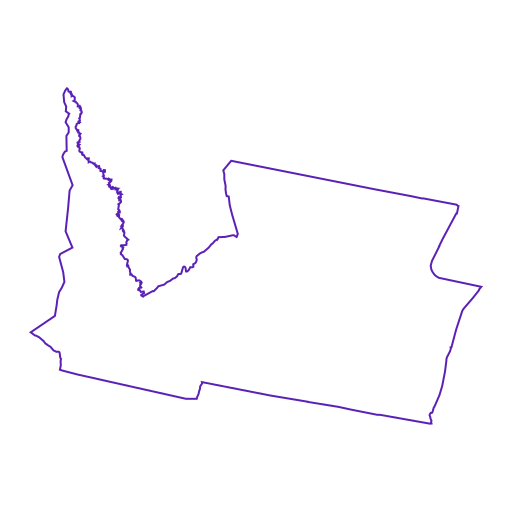 Yerba Buena, Tucumán, Argentina (Mercator projection)
{"feature_id": "61730980B10668196443859", "entity_name": "Yerba Buena", "entity_type": "district", "adm_level": 2, "iso_a3": "ARG", "parent_name": "Argentina", "parent_adm1": "Tucumán", "projection": "mercator", "projection_center": [-65.399, -26.771], "detail": "fine", "context": "isolated", "style": "outline", "palette": "violet", "viewbox_px": 512, "rotation_deg": 0, "n_neighbors": 0, "source": "geoboundaries", "source_scale": "gbopen_adm2", "svg_char_len": 5925}
<svg xmlns="http://www.w3.org/2000/svg" viewBox="0 0 512 512"><path d="M479.1,289.4L481.3,286.8L438.8,277.8L435.9,276.0L434.5,274.7L432.5,271.9L431.3,269.4L430.7,265.6L432.0,260.9L439.3,246.3L439.1,246.2L442.8,238.7L456.2,213.6L456.9,213.5L458.5,206.0L457.2,205.4L456.7,204.7L423.4,198.4L422.3,198.5L410.3,196.0L374.8,189.3L231.2,160.8L223.3,170.3L224.3,174.2L224.3,179.3L225.6,185.8L225.5,189.4L226.0,193.3L226.7,196.1L228.7,196.5L229.8,205.5L232.2,214.9L237.8,233.9L236.6,237.0L233.9,235.3L233.0,235.2L225.2,236.9L218.5,237.2L217.6,239.2L217.1,239.8L216.8,239.6L214.6,241.1L213.1,243.0L211.2,244.5L208.7,247.6L204.0,251.7L201.5,252.6L199.9,253.5L196.7,256.1L196.3,257.0L196.3,258.1L196.8,259.7L196.0,262.1L195.1,263.2L193.2,264.3L193.4,266.7L192.8,267.1L192.0,267.3L190.3,267.2L188.9,269.8L187.5,271.3L186.5,271.6L186.0,271.4L185.6,268.1L185.2,267.2L184.4,266.6L183.8,266.6L183.0,267.4L181.2,273.6L180.7,273.9L178.3,274.1L176.9,276.5L174.8,278.1L173.0,278.6L170.0,280.9L167.2,282.0L164.2,284.6L158.3,286.3L157.1,287.9L153.9,291.1L153.3,291.3L152.7,291.1L143.7,296.0L143.1,296.6L141.3,295.5L141.2,294.9L144.1,293.1L143.7,291.5L140.8,291.9L139.1,289.1L138.4,290.0L138.1,289.8L138.3,288.9L139.3,287.7L140.9,287.8L141.3,287.5L140.1,285.8L140.2,284.8L140.8,284.3L140.2,282.9L140.8,282.8L141.4,283.2L141.7,282.7L141.5,282.1L140.9,281.4L139.4,280.4L137.9,280.4L136.8,280.9L136.1,280.8L135.7,277.9L135.0,276.9L132.4,275.8L131.6,274.4L130.2,274.8L130.1,274.7L130.4,272.9L129.9,271.5L130.0,269.6L128.7,267.6L128.2,265.6L127.8,265.7L127.2,266.2L126.9,265.5L127.4,262.7L127.8,261.7L127.8,260.0L126.7,259.2L124.8,259.0L122.4,255.2L120.8,254.1L121.1,252.8L120.8,252.5L121.7,251.4L122.0,250.4L122.8,249.5L123.0,249.0L122.6,248.3L123.2,247.5L122.4,246.8L121.2,246.5L120.8,246.0L120.9,245.5L121.5,245.2L123.7,245.3L126.3,244.9L126.6,243.5L126.3,242.8L126.4,242.0L126.9,241.2L127.1,240.3L128.2,239.7L124.3,236.2L123.9,235.2L124.3,233.6L124.4,232.4L123.7,231.9L124.0,231.2L123.8,230.8L123.3,231.3L123.0,231.1L122.8,230.6L123.0,229.3L122.3,228.2L121.5,228.0L121.1,228.2L121.6,227.2L122.7,226.7L122.8,225.9L121.5,226.1L121.3,226.0L123.2,223.5L123.3,222.8L123.8,222.2L123.3,220.7L122.8,220.2L122.6,221.1L122.2,221.2L121.4,220.0L121.9,219.6L121.8,218.9L121.4,218.8L120.7,219.2L119.9,218.2L119.1,217.5L119.0,216.7L117.7,216.1L117.9,215.7L119.1,215.6L119.2,215.1L118.9,214.6L118.0,214.6L117.1,215.1L116.6,214.5L116.9,214.1L118.6,213.0L118.1,211.9L118.4,211.5L118.8,211.6L119.6,212.4L119.8,212.4L119.7,211.0L119.3,210.2L118.2,209.2L118.9,205.0L118.4,204.5L118.4,204.0L119.8,203.3L121.0,202.0L121.1,201.4L120.7,200.1L119.3,200.5L119.2,200.1L119.7,199.1L118.6,198.5L118.4,198.0L118.9,197.0L119.6,197.2L120.0,198.3L121.0,197.4L120.4,195.0L121.7,194.3L120.6,193.7L120.7,191.8L120.2,191.8L119.8,193.2L119.2,192.5L118.8,192.5L118.4,193.6L118.0,193.9L117.6,193.4L117.4,192.6L117.0,192.0L117.8,189.9L116.3,189.6L117.8,188.6L116.0,188.4L115.6,187.7L115.2,187.8L115.0,188.4L113.6,187.9L112.7,186.9L112.3,187.1L112.3,187.5L112.5,187.9L113.1,188.1L113.1,188.7L111.9,189.1L111.3,189.0L110.7,188.0L110.2,186.3L109.3,186.7L108.9,185.9L108.9,185.1L108.5,184.8L109.6,184.5L108.9,182.9L110.3,182.0L111.3,181.0L111.5,179.5L110.7,179.5L109.6,180.6L109.0,180.2L109.5,179.9L109.6,179.3L108.6,178.5L107.8,179.1L106.5,178.7L104.0,178.6L103.7,178.4L104.0,177.6L103.5,177.0L103.5,176.6L103.0,176.2L103.9,175.7L103.5,174.9L103.1,172.3L104.9,171.9L105.0,170.2L103.7,170.0L103.1,171.0L102.6,171.3L100.5,171.0L100.6,169.0L98.9,168.2L99.4,167.3L99.1,166.1L97.3,166.5L96.7,167.0L96.0,166.5L96.4,165.8L96.3,165.2L95.0,165.1L94.5,164.2L94.7,163.5L94.3,163.5L94.2,163.9L93.7,163.8L93.0,163.5L92.7,162.8L90.4,162.1L90.0,161.6L89.4,161.6L88.7,162.1L88.7,161.5L88.4,160.6L88.8,158.4L87.9,158.4L87.7,159.3L87.3,159.4L84.9,157.1L83.9,155.1L82.4,154.9L82.0,153.9L82.5,153.4L82.3,152.4L80.6,152.2L79.5,151.4L79.3,150.5L79.8,148.6L79.5,148.0L79.5,147.4L79.2,147.1L78.3,147.1L77.4,145.9L77.7,145.1L78.7,145.6L79.6,144.6L77.9,143.6L77.5,142.8L77.6,142.4L79.6,141.9L79.2,140.6L80.3,139.1L80.3,137.3L79.9,136.3L79.1,135.9L79.3,134.6L80.1,134.4L80.5,133.7L79.7,133.4L79.0,132.4L78.2,132.5L78.0,131.7L77.5,131.1L78.3,130.6L78.3,130.1L76.8,129.7L75.6,127.9L75.7,126.6L76.4,125.6L76.7,124.0L78.1,123.0L79.2,123.1L79.4,122.5L79.8,122.3L78.7,121.3L79.9,120.6L79.6,118.9L79.2,118.4L80.0,117.7L80.3,114.1L81.0,113.9L81.0,113.3L81.8,112.6L81.5,111.0L80.5,110.4L81.0,109.4L81.0,108.8L80.8,108.5L80.3,108.7L79.8,108.2L80.6,107.3L79.8,106.0L79.2,106.7L77.7,106.4L77.9,105.5L77.8,104.3L76.9,103.0L76.2,102.6L75.7,101.7L75.0,101.7L73.6,101.0L74.3,100.6L74.7,99.5L74.8,97.4L73.5,96.2L72.4,95.9L71.7,96.2L71.9,94.5L71.1,94.4L71.2,93.4L70.4,93.0L70.4,92.3L70.9,92.1L70.9,91.8L70.5,91.6L69.8,92.0L68.4,91.4L68.2,89.8L67.5,88.6L66.9,88.3L65.2,90.6L63.5,94.5L64.2,102.2L66.2,106.5L65.8,111.3L69.2,113.7L68.6,114.6L68.3,116.4L66.6,119.2L65.6,122.2L68.7,127.3L68.7,132.4L66.4,136.0L66.7,150.8L64.8,151.7L62.9,154.9L62.4,157.1L72.6,185.2L69.6,190.6L68.1,208.0L65.6,231.3L72.4,247.6L60.2,254.0L59.1,256.9L63.2,272.2L64.4,281.9L61.9,287.5L59.1,292.1L57.3,299.7L56.6,305.6L54.9,315.9L30.7,332.3L35.0,335.5L36.2,335.7L39.2,337.3L43.6,341.1L45.6,343.7L46.7,344.2L46.9,344.6L50.6,346.9L53.4,350.3L56.4,351.8L58.3,351.7L59.3,352.1L59.7,353.2L60.2,357.5L61.0,358.9L60.6,360.8L60.8,365.4L59.9,369.7L62.9,370.7L77.5,374.5L185.9,398.8L196.7,398.8L197.2,396.9L198.5,394.2L199.2,391.0L200.0,388.7L200.2,386.3L202.2,383.3L201.9,382.1L270.3,395.5L307.6,401.7L307.6,401.9L338.6,406.9L350.5,409.5L377.3,414.8L379.9,414.8L430.1,423.7L431.5,423.5L431.0,422.2L431.5,420.9L430.4,418.4L430.4,417.4L429.6,415.4L429.8,414.3L430.7,412.9L431.9,412.9L432.5,412.0L433.8,407.4L434.4,406.8L439.4,395.3L442.2,386.0L445.0,371.6L446.4,360.5L446.4,359.4L446.9,357.4L450.0,351.3L450.9,348.3L450.6,347.4L451.5,347.1L456.1,329.7L462.3,310.8L463.7,308.6L473.0,297.8L478.7,290.6L479.2,289.7L479.1,289.4Z" fill="none" stroke="#5b21b6" stroke-width="2"/></svg>